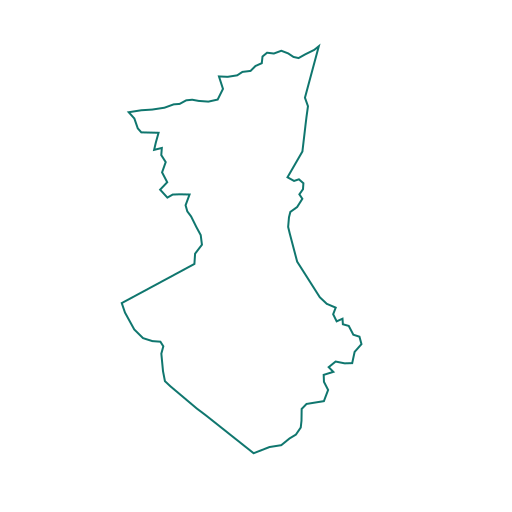 Vertentes, Pernambuco, Brazil (Mercator projection), rotated 156°
{"feature_id": "56859067B5298585337072", "entity_name": "Vertentes", "entity_type": "district", "adm_level": 2, "iso_a3": "BRA", "parent_name": "Brazil", "parent_adm1": "Pernambuco", "projection": "mercator", "projection_center": [-35.993, -7.889], "detail": "fine", "context": "isolated", "style": "outline", "palette": "teal", "viewbox_px": 512, "rotation_deg": 156, "n_neighbors": 0, "source": "geoboundaries", "source_scale": "gbopen_adm2", "svg_char_len": 1561}
<svg xmlns="http://www.w3.org/2000/svg" viewBox="0 0 512 512"><g transform="rotate(156 256 256)"><path d="M232.5,118.7L234.8,124.9L226.2,127.2L218.7,121.9L211.7,119.0L204.9,128.3L195.5,132.6L194.3,140.2L199.1,144.5L199.7,154.4L204.4,158.3L202.5,163.5L208.9,163.5L209.2,171.4L204.2,176.4L210.8,183.5L214.5,192.4L219.4,225.4L220.7,234.1L216.0,263.0L214.8,269.5L210.1,278.0L206.7,282.3L198.5,284.0L190.4,289.4L191.3,294.7L185.9,297.9L183.1,303.2L185.6,308.6L190.7,309.1L195.2,315.1L171.1,332.6L161.0,349.6L157.1,356.2L153.2,362.7L147.6,371.7L146.9,380.7L113.3,422.1L119.0,420.6L129.0,420.2L136.6,419.5L140.8,422.6L144.2,428.0L149.4,433.2L157.3,433.7L163.2,437.2L168.9,435.6L172.3,429.8L179.2,429.8L185.7,427.3L193.5,429.7L199.7,428.7L209.0,431.2L216.8,435.1L218.2,422.1L227.4,414.5L236.7,416.4L245.3,421.0L250.7,424.7L256.4,426.6L263.9,426.0L269.5,428.0L279.3,428.7L291.3,432.0L301.5,435.8L313.8,439.1L311.2,431.1L312.1,420.7L310.5,415.6L294.9,408.2L301.2,400.6L305.9,394.4L298.1,393.0L301.5,386.7L300.3,378.5L307.8,370.6L307.1,359.5L316.6,355.6L313.2,345.4L307.1,346.0L300.6,343.4L291.7,339.2L299.7,331.0L300.6,324.7L299.2,318.5L298.7,306.6L298.0,297.6L300.8,288.3L310.7,282.9L315.5,273.8L397.8,267.6L398.7,257.6L397.1,238.4L392.6,226.9L385.3,220.4L378.2,216.6L377.4,211.2L382.2,205.3L387.8,188.6L390.1,178.7L387.2,171.8L372.1,140.7L366.5,130.6L338.4,76.8L321.4,76.0L309.9,72.9L299.5,75.7L292.2,76.6L284.9,81.1L281.5,86.9L276.5,97.7L270.0,100.3L253.0,95.8L244.6,104.3L245.1,113.4L242.5,119.9L232.5,118.7Z" fill="none" stroke="#0f766e" stroke-width="2"/></g></svg>